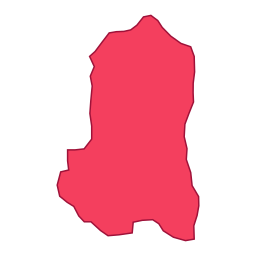 outline of Carapicuíba, São Paulo, Brazil
{"feature_id": "56859067B3159053220029", "entity_name": "Carapicuíba", "entity_type": "district", "adm_level": 2, "iso_a3": "BRA", "parent_name": "Brazil", "parent_adm1": "São Paulo", "projection": "equal_earth", "projection_center": [-46.843, -23.547], "detail": "fine", "context": "isolated", "style": "filled", "palette": "rose", "viewbox_px": 256, "rotation_deg": 0, "n_neighbors": 0, "source": "geoboundaries", "source_scale": "gbopen_adm2", "svg_char_len": 855}
<svg xmlns="http://www.w3.org/2000/svg" viewBox="0 0 256 256"><path d="M91.7,126.1L91.7,139.1L84.1,148.9L74.9,149.9L67.6,149.9L67.6,160.8L68.7,170.0L60.7,171.9L57.2,185.1L59.7,196.2L67.3,202.4L73.8,206.4L78.8,216.0L84.3,221.8L91.0,221.8L100.5,230.5L108.0,235.7L118.9,234.8L132.2,232.9L133.2,222.2L142.3,220.3L152.7,219.7L158.8,223.7L163.3,230.8L173.4,237.2L185.5,240.6L194.2,239.1L193.8,225.8L197.1,215.4L198.8,205.8L198.6,196.6L192.1,185.6L190.7,172.5L186.3,159.5L187.0,148.7L184.2,136.7L184.9,124.2L188.9,113.5L193.5,102.0L193.1,92.8L193.2,83.2L194.6,71.9L194.2,56.4L190.7,46.8L180.9,43.4L170.7,36.1L162.2,27.4L157.8,20.6L150.9,15.4L143.5,16.9L136.9,25.2L130.7,29.9L123.9,31.4L116.3,31.7L109.2,32.9L102.3,41.9L95.1,51.5L89.6,56.4L94.3,66.6L90.3,76.2L92.2,86.0L90.8,100.9L89.9,113.5L91.7,126.1Z" fill="#f43f5e" stroke="#9f1239" stroke-width="1.5"/></svg>